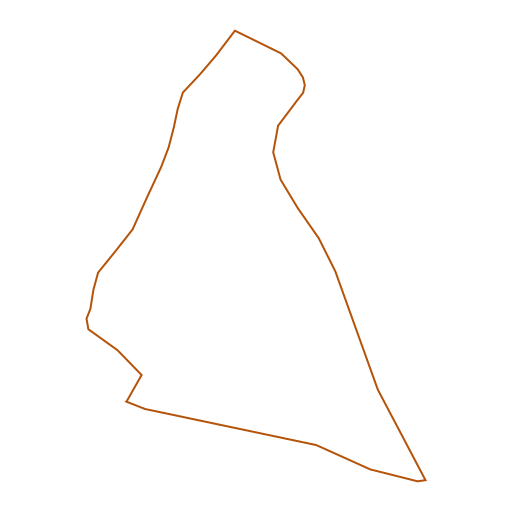 the District of Ordubad
{"feature_id": "AZE-2418", "entity_name": "Ordubad", "entity_type": "District", "adm_level": 1, "iso_a3": "AZE", "parent_name": "Azerbaijan", "parent_adm1": "", "projection": "albers", "projection_center": [45.885, 39.078], "detail": "fine", "context": "isolated", "style": "outline", "palette": "amber", "viewbox_px": 512, "rotation_deg": 0, "n_neighbors": 0, "source": "natural_earth", "source_scale": "10m", "svg_char_len": 579}
<svg xmlns="http://www.w3.org/2000/svg" viewBox="0 0 512 512"><path d="M234.9,30.7L281.1,53.4L297.6,69.2L302.9,77.4L304.8,85.2L303.1,92.8L297.6,99.8L278.1,125.7L273.2,152.3L280.6,179.7L297.7,208.0L318.8,238.3L335.3,271.3L377.8,389.6L425.5,480.2L417.5,481.3L370.2,469.4L316.3,445.1L145.0,409.0L126.3,401.6L126.7,401.3L141.6,375.0L117.5,350.2L88.4,329.3L86.5,318.7L90.4,308.8L93.4,289.9L98.1,272.6L115.6,251.0L132.6,229.4L146.7,198.1L161.1,167.1L168.6,147.5L173.9,127.1L177.7,108.9L182.9,92.5L199.9,74.4L216.2,55.3L234.9,30.7Z" fill="none" stroke="#b45309" stroke-width="2"/></svg>